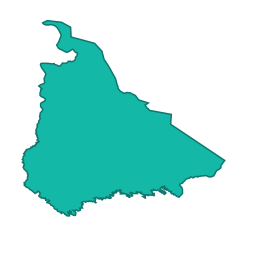 outline of Mateiros, Tocantins, Brazil, rotated 278°
{"feature_id": "56859067B75017008112328", "entity_name": "Mateiros", "entity_type": "district", "adm_level": 2, "iso_a3": "BRA", "parent_name": "Brazil", "parent_adm1": "Tocantins", "projection": "equal_earth", "projection_center": [-46.657, -10.707], "detail": "fine", "context": "isolated", "style": "filled", "palette": "teal", "viewbox_px": 256, "rotation_deg": 278, "n_neighbors": 0, "source": "geoboundaries", "source_scale": "gbopen_adm2", "svg_char_len": 5543}
<svg xmlns="http://www.w3.org/2000/svg" viewBox="0 0 256 256"><g transform="rotate(278 128 128)"><path d="M90.1,205.3L91.8,212.0L91.0,214.3L90.9,215.7L91.1,216.8L92.1,219.0L93.5,220.0L97.8,221.5L100.2,224.4L101.6,225.5L103.6,225.2L109.3,228.3L137.6,169.7L147.5,169.0L148.4,146.9L150.0,145.2L150.1,144.5L153.1,141.7L155.6,144.6L157.3,134.6L161.2,130.8L163.1,125.1L162.9,121.5L161.7,119.5L163.4,115.1L166.2,112.4L167.7,112.3L168.8,111.4L175.1,108.8L186.6,100.1L192.7,94.7L200.5,91.4L207.2,83.1L210.2,59.0L219.8,57.1L223.4,47.5L223.1,33.1L220.2,28.8L219.3,29.9L218.7,31.8L218.8,34.1L219.8,38.1L218.9,41.8L217.5,44.0L215.2,45.9L210.7,49.0L204.6,47.7L201.0,46.4L200.5,45.8L198.9,46.7L197.1,48.4L195.4,53.6L194.7,55.2L194.5,57.1L195.3,58.6L198.3,62.1L198.1,62.7L195.6,65.5L195.2,67.6L192.2,67.4L191.6,66.7L190.6,66.2L188.6,66.3L187.1,65.4L185.7,62.9L186.2,61.4L185.7,60.4L185.7,59.5L184.8,59.3L183.6,57.8L183.2,55.2L183.3,54.2L180.2,52.4L179.5,50.7L180.3,49.1L180.6,46.8L181.5,45.8L180.9,44.1L180.9,40.2L180.1,33.6L179.5,32.7L179.1,32.5L178.1,32.6L175.5,34.2L170.9,38.6L169.5,39.1L165.1,38.0L161.3,39.2L160.3,38.5L158.8,35.6L157.2,33.8L154.9,37.3L154.0,36.1L153.0,36.4L150.3,36.0L147.9,36.4L147.0,37.8L146.2,40.6L145.4,41.8L144.0,42.2L143.1,41.7L140.7,38.5L139.9,38.1L136.9,38.5L135.0,40.8L133.8,41.0L130.5,39.0L128.6,39.1L127.3,38.8L125.2,39.8L124.7,39.4L124.1,39.6L122.6,38.7L120.8,38.9L119.1,37.6L117.4,37.7L117.3,38.2L113.0,37.1L112.2,37.8L111.5,37.4L110.3,38.1L110.0,37.5L109.5,38.1L109.0,37.9L108.1,38.6L108.1,39.3L107.4,39.5L106.6,39.1L106.2,39.9L104.5,40.3L103.8,40.2L103.4,39.6L102.4,41.2L102.3,41.9L101.1,40.9L101.0,39.3L100.6,39.0L100.2,40.0L98.9,39.2L98.7,38.7L98.2,38.9L97.3,38.5L97.1,38.0L97.5,37.9L96.7,36.0L95.6,36.1L95.6,34.7L95.2,34.3L94.3,34.5L92.4,30.3L90.9,30.3L90.9,29.7L90.1,29.5L89.6,29.0L89.1,29.4L88.9,28.9L88.0,28.3L86.9,29.4L85.0,28.2L83.4,28.5L82.1,27.7L81.7,28.4L80.5,29.2L79.7,28.9L79.4,28.2L78.4,29.4L78.3,30.1L76.5,30.4L76.2,29.9L74.3,29.7L73.7,30.4L72.7,30.9L71.9,32.3L71.3,32.7L71.2,33.7L70.2,34.6L69.7,34.4L68.8,34.7L68.4,35.5L67.7,35.3L66.9,35.6L65.2,35.2L63.9,35.7L62.8,35.6L62.2,34.6L60.8,34.3L60.6,33.9L59.5,33.4L59.4,32.8L58.9,32.9L57.9,33.9L57.1,33.1L56.5,33.5L56.3,34.6L55.5,35.2L55.2,35.9L54.8,37.9L53.5,39.3L52.4,41.9L50.3,45.0L50.9,45.4L51.1,46.5L51.7,47.0L52.7,47.1L52.8,47.8L52.6,48.8L51.3,49.3L51.2,50.2L49.9,50.0L48.5,49.1L47.8,49.6L47.4,50.2L47.5,51.6L46.8,51.6L46.5,52.2L47.1,55.3L46.6,55.2L46.9,56.1L45.0,56.5L45.7,59.2L45.2,60.5L44.7,60.5L43.5,58.0L43.1,57.9L42.7,58.4L42.8,59.5L42.1,61.5L40.8,62.5L40.8,63.2L39.7,65.6L38.2,66.0L37.8,66.5L37.3,68.1L37.5,69.1L36.2,69.4L35.7,70.1L35.4,72.2L34.1,74.0L34.5,74.3L35.5,73.7L35.8,74.3L35.1,75.1L35.0,76.5L33.9,77.3L33.5,78.6L32.9,79.0L32.6,79.8L32.6,81.4L32.9,82.3L34.1,81.9L35.5,80.3L36.3,80.1L36.0,81.3L37.9,81.8L37.3,83.5L36.7,83.5L36.0,82.6L35.0,82.8L34.0,86.5L33.9,87.4L34.3,88.1L36.6,88.3L37.6,87.4L38.8,85.6L38.7,87.2L39.4,87.4L39.7,88.3L38.8,89.9L39.8,92.1L41.1,92.2L41.5,91.4L41.9,91.3L42.5,94.1L43.0,93.7L43.1,93.2L43.5,93.4L44.2,92.8L44.6,92.9L45.4,93.9L46.7,94.0L46.5,92.9L47.2,93.2L47.7,92.4L48.5,93.2L49.1,95.0L48.6,96.5L49.6,97.0L49.7,99.1L50.5,100.0L50.1,100.5L50.0,101.4L50.4,102.2L50.0,103.2L50.5,104.1L50.2,105.1L49.4,106.2L49.7,106.7L50.7,105.5L51.3,105.7L51.6,105.3L52.9,106.0L53.8,105.5L53.9,104.4L55.0,106.4L54.0,108.2L53.7,109.2L53.9,109.9L54.7,109.3L55.0,109.8L53.2,112.3L53.6,112.8L54.6,111.6L55.2,112.6L54.9,114.2L55.1,115.8L55.5,116.1L56.6,115.9L57.0,116.5L56.5,116.8L56.6,118.2L56.0,117.8L55.7,119.8L56.0,120.7L56.7,120.9L56.8,120.1L57.5,120.2L59.2,119.2L59.4,120.4L58.7,121.2L58.5,122.4L58.8,123.1L59.3,123.2L59.6,121.8L61.0,123.1L61.0,122.0L61.6,122.1L62.1,121.4L62.4,121.9L62.2,122.8L62.4,123.7L62.0,124.6L62.3,125.3L63.0,124.6L63.1,125.7L63.5,126.0L63.7,125.1L64.3,124.7L64.8,126.3L64.7,127.3L65.8,128.6L65.8,129.3L65.0,129.9L64.1,128.6L63.7,129.8L63.3,130.2L62.8,129.4L62.5,130.1L61.7,129.8L62.1,132.3L62.8,132.1L62.9,132.8L62.3,134.1L62.4,135.3L62.0,136.4L61.3,135.7L60.4,136.4L60.2,137.5L59.6,138.5L59.6,139.3L60.4,139.3L61.4,137.4L61.9,137.5L62.0,138.1L61.1,138.9L61.0,139.6L61.1,141.8L61.3,141.3L61.6,141.9L62.8,140.7L63.2,141.2L63.9,139.2L64.4,139.2L64.7,140.9L63.8,142.4L64.3,146.2L65.7,145.1L66.1,145.2L65.7,146.5L66.3,149.9L65.9,150.2L65.4,149.1L65.3,149.9L64.8,150.0L64.5,151.8L64.2,151.9L64.3,153.2L62.5,153.6L62.2,152.3L61.3,154.1L61.1,154.9L63.1,154.4L64.3,154.8L64.6,155.5L63.9,156.4L64.0,157.4L64.4,157.2L64.8,157.5L64.6,158.6L64.9,162.0L64.6,163.1L65.0,163.4L65.6,162.5L66.4,163.2L66.9,163.1L66.8,162.3L66.3,161.5L68.6,160.4L69.2,159.5L69.8,159.9L69.4,161.0L69.6,161.8L70.8,161.9L70.1,163.4L70.4,164.1L70.0,164.7L70.8,166.6L70.9,167.5L70.4,167.9L70.4,168.6L70.0,169.0L69.5,168.2L69.1,169.5L68.5,170.3L68.5,171.4L69.1,171.1L69.1,172.3L68.6,172.8L67.8,172.5L67.3,173.2L68.6,174.5L69.1,174.5L69.3,173.6L69.8,173.6L70.5,172.5L70.4,171.7L70.8,170.9L70.7,170.0L72.7,168.2L74.2,169.3L73.0,170.5L73.4,170.9L74.1,170.5L75.1,170.7L75.0,171.5L75.5,172.3L74.7,173.1L73.8,172.2L73.8,172.8L73.3,173.0L72.4,172.3L72.3,172.8L73.0,173.6L73.4,174.8L73.2,175.4L72.7,175.1L72.1,174.3L71.9,174.9L72.0,176.5L71.8,177.0L71.1,177.3L71.0,177.9L71.2,179.7L70.7,179.9L69.9,179.3L68.8,180.8L69.2,182.3L68.2,182.7L68.6,183.6L67.2,185.6L66.6,188.1L70.8,191.1L74.6,190.5L76.0,189.9L77.3,188.8L78.0,187.6L79.2,187.1L79.8,187.5L80.9,189.5L85.2,192.5L86.0,193.5L87.2,196.3L87.9,196.5L88.3,196.9L88.3,197.5L87.7,199.1L88.1,200.1L89.1,201.1L89.6,202.9L89.1,203.7L90.1,205.3Z" fill="#14b8a6" stroke="#0f766e" stroke-width="1.5"/></g></svg>